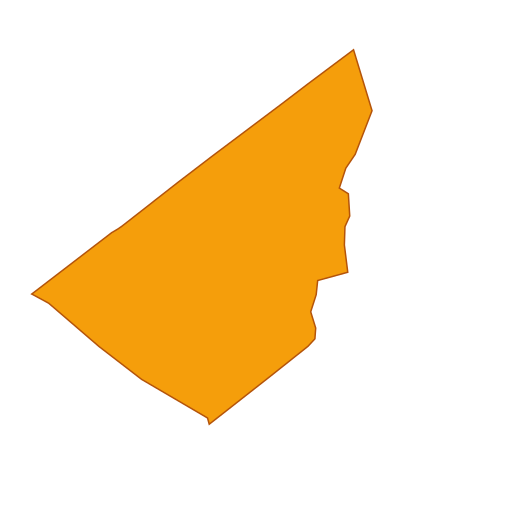 outline of Scott, Virginia, United States of America, rotated 143°
{"feature_id": "52423323B99932966436825", "entity_name": "Scott", "entity_type": "district", "adm_level": 2, "iso_a3": "USA", "parent_name": "United States of America", "parent_adm1": "Virginia", "projection": "mercator", "projection_center": [-82.626, 36.739], "detail": "fine", "context": "isolated", "style": "filled", "palette": "amber", "viewbox_px": 512, "rotation_deg": 143, "n_neighbors": 0, "source": "geoboundaries", "source_scale": "gbopen_adm2", "svg_char_len": 601}
<svg xmlns="http://www.w3.org/2000/svg" viewBox="0 0 512 512"><g transform="rotate(143 256 256)"><path d="M392.2,155.8L394.6,149.8L318.5,151.3L268.8,152.6L258.8,154.4L251.7,162.5L245.9,178.5L231.2,188.9L221.5,199.3L192.5,187.8L178.8,211.6L167.3,225.9L157.1,231.5L144.8,250.1L148.6,260.1L131.4,272.1L115.6,277.5L75.9,302.2L54.0,362.0L110.8,362.2L144.4,362.0L223.2,362.1L232.5,362.1L273.8,361.8L301.9,361.3L302.7,361.3L305.9,361.2L345.1,360.5L350.1,360.7L357.2,361.5L456.4,360.6L458.0,360.6L450.0,343.1L435.8,278.0L421.6,226.3L392.2,155.8Z" fill="#f59e0b" stroke="#b45309" stroke-width="1.5"/></g></svg>